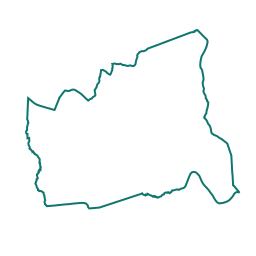 Luruaco, Atlántico, Colombia, rotated 172°
{"feature_id": "7082276B62382925413250", "entity_name": "Luruaco", "entity_type": "district", "adm_level": 2, "iso_a3": "COL", "parent_name": "Colombia", "parent_adm1": "Atlántico", "projection": "natural_earth1", "projection_center": [-75.143, 10.631], "detail": "fine", "context": "isolated", "style": "outline", "palette": "teal", "viewbox_px": 256, "rotation_deg": 172, "n_neighbors": 0, "source": "geoboundaries", "source_scale": "gbopen_adm2", "svg_char_len": 5643}
<svg xmlns="http://www.w3.org/2000/svg" viewBox="0 0 256 256"><g transform="rotate(172 128 128)"><path d="M219.3,61.9L212.5,61.5L201.2,61.1L198.1,60.9L191.3,60.7L187.7,60.5L186.7,60.5L182.8,60.1L180.3,59.2L178.6,57.0L178.6,55.8L178.4,55.0L178.0,54.3L177.5,53.7L167.3,53.2L123.3,61.1L123.1,61.3L122.8,60.9L122.5,60.2L122.1,59.9L121.5,59.6L121.1,59.5L120.2,58.9L119.8,59.6L119.6,59.7L119.1,59.1L118.9,59.2L118.5,59.2L118.3,59.3L117.9,59.8L117.8,60.1L117.2,59.7L116.6,59.1L116.0,58.9L115.1,58.1L114.4,57.9L113.9,57.4L113.1,57.0L112.5,56.3L112.4,56.3L112.4,56.8L112.3,57.1L112.2,57.1L111.7,56.7L111.1,56.9L110.8,56.7L110.8,56.4L110.3,56.5L110.0,56.3L109.9,56.1L110.1,55.8L109.8,55.5L109.1,55.3L108.8,55.5L108.6,55.4L108.5,55.1L108.2,54.9L107.6,55.1L107.0,55.1L106.6,55.4L105.6,55.5L104.7,55.8L103.6,56.8L103.2,57.0L102.4,57.2L101.7,57.2L101.4,57.9L101.0,58.4L100.0,58.7L99.8,58.9L98.7,58.6L98.2,58.4L97.8,58.5L97.3,58.9L97.0,58.8L96.6,58.6L96.4,58.0L96.0,57.6L95.8,57.6L95.5,57.9L95.1,58.0L94.6,58.4L94.0,58.6L93.7,59.2L93.4,59.4L93.2,59.8L92.9,60.1L92.3,59.9L91.6,59.9L90.5,60.0L89.2,60.3L87.2,60.2L86.9,60.1L86.5,59.7L85.9,59.8L84.1,60.5L82.6,60.6L81.0,61.0L80.3,61.4L79.7,61.9L78.7,63.1L78.2,64.2L76.8,66.5L76.5,67.3L75.8,68.2L75.2,69.6L72.7,73.7L70.8,75.3L69.4,75.4L67.0,74.7L65.5,72.9L64.0,70.7L62.9,66.6L62.0,63.7L60.7,61.0L58.8,58.4L56.7,55.2L55.4,52.6L53.5,49.3L52.8,47.4L51.8,44.9L50.3,42.2L48.3,40.7L47.1,40.6L44.2,40.6L41.5,41.1L39.6,41.6L37.5,42.6L35.1,44.5L33.2,46.4L32.1,47.9L30.5,49.1L28.9,49.4L27.2,48.9L26.5,48.4L31.2,56.0L31.3,56.0L31.9,56.6L31.0,67.1L31.0,69.2L30.7,72.5L29.5,86.3L30.9,93.8L31.2,95.5L31.9,98.8L32.1,99.2L34.5,101.6L37.1,104.3L37.4,104.5L38.0,104.8L38.9,105.4L39.5,106.2L40.8,107.4L42.7,108.6L44.0,109.3L45.2,110.6L45.7,110.9L45.9,111.1L46.1,114.1L46.0,115.0L46.2,115.8L46.4,117.5L46.7,118.6L46.9,119.2L47.6,120.2L48.1,121.2L48.8,123.8L49.2,124.8L50.1,126.3L50.8,127.0L51.0,127.3L51.1,127.7L50.9,128.3L50.7,128.2L50.4,128.6L49.9,129.8L49.3,130.8L48.5,131.4L47.8,133.9L46.5,136.9L45.4,139.9L45.0,142.3L45.3,142.7L46.0,143.6L45.7,144.6L46.9,146.5L46.7,147.4L46.8,149.7L47.4,150.7L48.0,152.4L48.2,153.9L47.6,155.3L47.3,156.9L47.8,158.9L47.8,162.5L46.9,164.1L46.3,166.4L46.3,169.5L46.5,172.9L46.5,174.5L47.2,176.7L47.8,177.7L47.7,180.5L47.1,183.2L46.4,185.5L45.1,188.8L41.8,193.0L39.3,196.9L38.0,199.9L37.1,202.4L37.5,204.5L40.7,208.6L45.5,215.2L46.3,215.4L46.7,215.3L46.9,215.0L47.0,215.0L47.4,215.1L47.8,214.8L48.3,214.9L48.6,214.8L48.9,214.4L49.0,213.9L52.5,213.9L97.7,203.8L99.3,202.5L100.0,202.4L101.7,201.8L103.2,202.2L106.0,201.6L106.6,200.8L107.4,200.3L108.0,199.8L108.8,198.7L108.8,197.2L110.4,194.0L111.3,191.6L111.6,190.4L112.5,189.3L114.0,188.5L115.2,188.8L116.3,189.3L117.0,189.7L119.6,189.5L121.2,190.0L121.7,190.4L122.2,190.5L123.1,190.9L123.9,191.1L124.5,191.0L125.4,191.9L126.7,192.8L127.5,192.5L128.5,192.5L129.6,192.8L130.7,192.9L131.3,193.4L132.7,193.7L134.5,193.6L134.4,193.4L134.6,192.4L134.6,190.8L134.9,189.7L135.2,189.5L135.4,189.2L135.4,188.9L135.4,188.3L135.6,187.4L136.3,186.4L137.2,184.6L138.2,183.3L139.2,183.8L139.6,184.1L140.3,184.9L141.1,185.5L141.6,186.5L142.3,187.1L142.7,187.4L143.2,187.9L144.0,188.4L144.6,188.9L145.0,189.1L146.1,189.0L146.6,189.1L147.8,184.9L148.5,182.7L148.9,182.7L149.1,182.1L149.7,180.9L149.7,178.9L150.0,178.0L150.3,177.5L150.9,176.6L152.0,175.8L152.3,175.4L152.9,174.3L153.6,172.5L154.1,172.1L155.5,170.3L155.8,170.1L155.7,166.8L155.7,165.2L156.2,164.5L157.3,163.9L158.2,163.6L159.5,162.6L159.7,162.2L160.9,162.1L161.3,162.0L163.6,160.7L165.9,163.5L168.0,166.2L170.0,168.6L172.0,170.4L175.1,173.0L176.4,173.6L177.2,173.7L178.1,173.7L180.8,173.0L181.8,172.9L182.4,173.0L185.1,173.9L186.9,172.4L192.1,167.1L192.1,166.7L198.2,156.1L198.4,156.1L211.8,162.1L215.2,163.9L217.5,165.7L222.7,171.5L225.5,156.6L225.5,156.2L226.6,150.9L226.1,148.7L226.2,147.7L225.9,146.9L226.5,146.3L226.6,145.9L227.9,142.6L228.2,140.0L229.4,138.8L229.5,136.8L228.4,136.0L228.5,135.9L228.6,135.4L228.6,134.8L228.7,134.3L228.8,134.2L228.7,133.7L229.0,131.8L227.3,131.9L227.3,130.9L227.4,130.4L227.5,129.4L227.6,128.5L228.7,127.2L228.8,126.1L228.8,125.0L228.3,123.9L228.0,122.4L228.4,121.4L228.1,120.7L227.5,120.6L226.9,119.8L226.7,119.0L226.2,118.6L225.9,118.3L225.9,118.1L225.7,118.3L225.2,118.1L224.9,117.2L224.4,115.7L224.2,115.5L224.0,115.8L223.9,115.7L223.5,115.2L223.4,114.8L222.0,113.7L221.5,113.2L221.2,112.1L220.5,110.7L219.8,109.5L220.0,107.8L220.4,106.9L220.4,106.7L220.3,106.8L220.2,106.7L220.3,106.3L220.4,106.2L219.9,105.2L220.0,105.0L220.2,103.9L220.2,103.3L220.1,102.8L220.2,101.8L219.8,101.4L219.9,101.1L220.3,100.8L220.5,100.5L220.4,100.2L220.3,99.9L220.2,99.5L220.7,99.2L221.0,99.2L221.1,98.9L221.0,98.5L221.7,98.8L222.0,98.5L222.5,97.8L222.5,97.4L222.6,97.2L222.9,96.9L223.0,96.8L223.0,96.6L222.9,96.4L222.8,96.5L222.6,96.6L222.4,96.5L222.5,96.3L222.9,96.0L224.0,95.0L224.4,94.9L224.6,94.5L224.7,94.0L224.8,93.6L224.6,93.3L224.6,92.9L224.6,92.3L224.4,91.5L224.4,90.6L224.6,90.5L224.9,90.6L225.2,90.2L225.3,90.1L225.6,90.1L225.7,89.9L225.7,89.3L225.7,89.1L226.0,88.4L226.6,87.8L226.7,87.1L227.2,86.5L227.4,85.7L227.0,85.1L226.9,84.9L226.9,84.4L226.6,83.1L226.6,82.2L226.5,81.7L225.6,80.1L225.6,79.9L225.8,79.4L225.8,79.2L225.6,79.2L225.4,79.3L225.2,79.1L225.2,78.6L224.8,77.9L224.0,77.7L222.9,77.7L222.4,77.4L221.6,76.5L221.1,76.2L220.7,75.9L220.6,75.7L220.8,75.0L220.8,74.6L220.6,74.1L220.4,72.9L220.2,72.5L220.3,71.9L220.1,71.3L220.3,70.4L220.2,69.0L220.0,68.4L220.0,68.1L220.1,67.8L220.8,66.9L220.9,66.6L221.0,66.3L220.8,65.4L220.8,64.2L220.7,64.0L220.5,63.8L220.1,63.6L219.9,62.9L219.5,62.5L219.3,61.9Z" fill="none" stroke="#0f766e" stroke-width="2"/></g></svg>